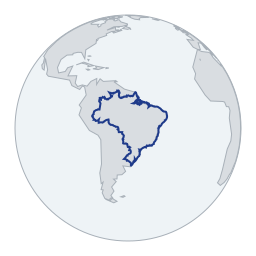 Brazil on an orthographic globe
{"feature_id": "BRA", "entity_name": "Brazil", "entity_type": "country or territory", "adm_level": 0, "iso_a3": "BRA", "parent_name": "South America", "parent_adm1": "", "projection": "orthographic", "projection_center": [-55.283, -14.242], "detail": "fine", "context": "on_globe", "style": "outline", "palette": "blue", "viewbox_px": 256, "rotation_deg": 0, "n_neighbors": 0, "source": "natural_earth", "source_scale": "50m", "svg_char_len": 10757}
<svg xmlns="http://www.w3.org/2000/svg" viewBox="0 0 256 256"><circle cx="128" cy="128" r="113" fill="#eef3f6" stroke="#a8b0b8"/><path d="M96.0,20.0L97.1,19.7L100.3,18.9L99.6,19.2L102.7,18.3L102.7,18.2L104.1,17.9L106.0,17.5L105.4,17.7L104.4,17.9L105.2,17.8L104.1,18.1L105.7,17.8L104.8,18.3L108.5,17.2L110.1,17.2L108.7,17.7L105.3,18.3L93.6,22.1L91.1,23.4L91.2,24.3L98.8,24.3L97.6,25.7L98.6,27.1L100.9,25.8L100.9,24.4L105.5,22.7L105.0,21.4L106.8,20.7L107.7,19.5L111.4,19.1L114.5,19.5L113.9,20.6L115.3,20.9L119.0,19.6L120.9,21.9L127.4,23.9L127.5,24.8L122.0,26.4L114.1,26.7L107.0,30.1L115.5,27.5L115.6,30.2L117.2,30.7L119.5,30.4L121.0,29.3L121.8,30.4L113.7,33.0L112.8,32.1L115.4,31.2L111.7,31.5L106.2,33.9L106.7,35.4L97.9,38.5L98.1,39.7L96.4,41.3L96.6,39.0L96.0,43.4L85.8,49.8L84.8,58.8L81.5,52.4L77.8,52.3L73.1,53.4L72.8,54.8L67.0,55.1L61.0,59.5L57.5,67.5L58.6,72.9L65.2,71.5L67.7,67.7L72.8,66.0L68.0,75.9L76.8,75.7L75.2,83.1L77.6,86.5L82.3,84.9L87.1,86.1L90.9,81.4L96.8,78.5L96.6,84.5L100.1,78.8L103.3,81.4L115.3,80.7L114.3,82.1L124.4,89.1L135.8,92.4L138.4,97.1L137.0,100.0L141.1,100.9L141.1,102.8L157.7,106.8L166.4,112.5L166.3,119.4L159.4,126.8L153.9,143.9L141.6,149.0L139.0,156.2L130.4,166.8L122.9,165.9L125.6,171.4L121.9,174.7L117.2,175.0L117.0,178.9L113.5,179.1L116.2,181.6L111.6,187.0L114.0,191.1L110.9,195.5L112.7,197.9L111.1,197.9L109.8,199.0L110.0,200.4L104.8,198.4L102.2,192.8L103.2,189.9L101.1,189.6L103.1,182.1L101.2,183.7L99.8,173.0L101.5,164.1L100.8,139.7L98.0,135.2L89.4,130.5L79.0,114.9L81.4,107.9L79.2,105.0L86.2,95.0L84.6,86.9L82.3,86.1L79.7,89.5L71.9,85.6L69.6,80.1L48.3,76.2L46.6,74.1L47.6,69.6L45.5,58.5L44.1,70.1L42.3,68.6L41.8,64.9L43.3,63.2L44.6,57.6L43.7,56.5L47.8,49.8L57.7,40.1L57.3,40.7L59.7,38.7L60.4,37.9L60.3,38.0L66.9,33.4L73.8,29.3L80.9,25.7L88.3,22.6L96.0,20.0ZM83.7,62.1L93.8,65.6L87.5,66.8L88.8,65.8L86.3,64.2L81.6,63.1L76.2,64.9L83.7,62.1ZM89.4,56.3L87.6,56.1L89.4,55.9L89.4,56.3ZM60.0,38.2L58.7,39.4L58.2,39.7L59.3,38.7L60.0,38.2ZM105.6,19.8L106.6,19.6L105.9,19.9L105.6,19.8ZM105.0,19.5L103.5,20.0L103.0,20.0L103.9,19.7L105.0,19.5ZM107.1,19.0L102.3,19.8L101.4,19.8L104.4,18.7L107.1,19.0ZM101.9,18.4L102.0,18.5L100.2,18.9L101.9,18.4ZM116.1,16.0L114.2,16.2L114.4,16.2L116.1,16.0ZM113.8,202.8L105.4,199.2L110.0,200.8L112.2,198.4L117.0,201.3L113.8,202.8ZM120.8,196.8L124.0,195.6L125.0,196.3L123.0,197.3L120.8,196.8ZM215.9,57.6L216.6,58.5L210.9,51.9L209.1,49.9L201.1,42.7L202.9,44.5L210.6,51.7L209.6,50.7L212.1,53.8L209.4,50.7L200.5,43.0L198.1,42.8L200.3,49.5L197.8,49.5L193.2,47.2L187.1,39.4L193.4,40.4L191.4,38.2L185.5,34.4L188.0,35.2L186.4,34.0L188.3,34.4L186.6,32.4L187.9,32.8L182.9,29.7L185.8,31.4L188.6,33.1L189.6,33.7L196.9,38.9L203.7,44.6L210.1,50.9L215.9,57.6ZM187.5,32.3L186.2,31.5L187.5,32.3ZM180.0,28.1L179.3,27.8L174.0,25.2L173.5,25.0L180.0,28.1ZM235.5,161.6L234.0,165.0L230.8,172.9L229.4,174.5L227.1,178.8L224.1,182.5L220.3,185.4L217.5,182.8L219.9,178.6L222.5,169.5L227.3,148.9L230.8,141.0L231.6,134.2L229.3,118.0L230.0,110.5L228.7,106.7L226.4,106.6L224.6,102.1L222.9,101.5L210.6,101.0L205.1,95.0L194.6,79.0L195.6,73.6L192.8,67.1L197.4,49.5L201.6,51.5L209.0,52.4L210.5,53.6L213.3,57.8L221.7,66.5L220.1,63.5L222.5,66.8L226.8,73.8L230.5,81.2L233.6,88.8L236.2,96.6L238.2,104.6L239.6,112.7L240.4,120.9L240.6,129.2L240.2,137.4L239.3,145.6L237.7,153.6L235.5,161.6ZM199.7,58.7L200.5,60.4L200.5,60.5L199.7,58.7ZM115.7,80.6L117.1,81.7L115.1,81.8L115.7,80.6ZM86.4,69.2L88.6,69.1L89.7,69.8L87.9,70.3L86.4,69.2ZM106.1,67.6L108.9,68.0L105.9,68.6L106.1,67.6ZM95.4,66.0L103.9,67.6L98.2,69.6L92.9,68.8L96.7,68.0L95.4,66.0ZM87.8,59.4L89.1,59.6L88.5,60.7L87.8,59.4ZM90.7,56.1L90.2,56.3L89.6,55.6L90.7,56.1ZM116.0,30.1L116.7,29.9L118.9,29.9L117.7,30.4L116.0,30.1ZM129.9,27.9L131.0,29.6L129.4,28.6L127.8,29.4L122.6,28.5L127.3,25.2L126.1,26.7L129.9,27.9ZM116.8,26.8L119.6,27.4L116.3,26.9L116.8,26.8ZM175.6,27.8L177.8,28.6L179.2,29.8L177.5,30.1L175.4,28.4L175.6,27.8ZM180.4,29.7L173.6,26.0L174.4,26.0L175.1,26.6L176.3,26.9L177.8,28.0L185.2,32.0L186.9,33.3L182.9,32.6L183.2,32.0L181.1,31.0L180.4,29.7ZM154.9,19.6L151.9,18.8L157.4,19.5L159.5,20.2L158.0,20.4L154.6,19.6L154.9,19.6ZM113.3,17.2L111.8,17.4L113.3,17.0L113.3,17.2ZM111.8,16.5L110.8,16.7L113.7,16.3L113.1,16.4L115.2,16.1L119.9,16.3L118.4,16.5L122.9,16.8L120.9,17.5L118.0,17.2L119.8,18.1L116.4,18.2L118.0,18.9L111.9,18.1L108.9,18.5L113.0,17.8L115.0,17.1L115.0,16.9L112.7,16.7L107.2,17.4L108.3,17.1L109.6,16.9L111.8,16.5ZM145.1,16.7L146.8,16.9L145.3,16.7L148.6,17.3L145.8,16.8L146.4,17.1L148.8,17.4L140.5,17.6L139.2,18.6L139.6,19.8L134.7,19.2L131.2,17.9L129.0,16.6L131.0,16.0L128.4,16.0L128.6,15.8L130.5,15.8L127.7,15.6L128.3,15.5L126.4,15.4L125.2,15.4L135.2,15.6L145.1,16.7ZM210.1,52.4L210.8,52.9L211.6,53.3L213.2,55.4L210.1,52.4ZM204.1,47.1L204.5,47.1L207.1,49.9L206.3,49.5L204.1,47.1ZM202.4,44.9L204.3,46.9L202.8,45.5L202.4,44.9ZM186.0,31.4L186.1,31.5L187.0,32.0L187.9,32.6L186.0,31.4ZM218.6,61.0L218.2,60.5L217.8,60.0L218.1,60.4L218.6,61.0Z" fill="#d9dde1" stroke="#a8b0b8" stroke-width="1"/><path d="M105.4,98.5L106.4,99.3L106.9,99.3L107.7,98.9L108.0,99.1L107.9,99.4L108.1,99.4L108.8,98.6L110.5,97.7L110.9,96.9L112.0,96.5L112.1,96.0L110.9,95.9L110.9,95.5L110.5,94.6L110.5,93.8L109.7,93.1L109.4,92.6L109.9,92.8L110.6,92.8L110.9,93.2L112.3,93.1L113.0,93.7L113.4,93.6L113.5,92.9L114.1,92.7L114.6,92.8L115.2,92.6L116.3,91.9L116.8,91.9L117.5,91.2L117.3,90.6L117.5,90.6L118.5,90.5L118.8,90.8L118.5,91.8L119.3,92.1L119.3,92.4L119.6,92.9L119.0,93.6L119.1,94.0L118.8,95.3L119.0,95.9L119.2,96.1L119.2,96.8L119.4,97.1L120.2,97.7L121.0,98.1L121.7,97.9L121.7,97.6L122.0,97.3L122.6,97.4L122.7,97.2L123.5,97.1L123.9,96.6L124.4,96.5L124.9,96.7L125.6,96.6L126.7,96.8L126.8,96.4L126.3,96.0L126.7,95.5L127.1,95.7L128.6,95.4L129.2,95.9L130.3,96.3L131.0,95.8L131.5,96.0L131.8,95.9L132.0,96.1L132.6,96.2L133.2,95.7L133.8,94.3L135.3,92.2L135.5,92.2L136.0,92.6L137.0,96.3L137.5,96.9L138.5,97.3L138.6,98.2L137.8,98.8L136.9,100.0L135.9,100.5L135.0,101.8L135.0,102.3L134.6,102.6L134.5,102.9L134.0,102.9L133.1,103.3L134.1,103.5L134.6,103.4L136.6,102.2L136.7,102.4L136.6,102.5L137.0,103.7L137.6,104.2L138.4,103.9L138.9,104.1L139.7,103.8L139.1,105.5L139.4,105.2L139.9,104.1L140.3,104.0L140.9,103.3L141.4,103.6L141.6,103.3L141.4,103.1L141.4,102.7L142.1,101.9L143.1,101.8L143.4,102.0L143.4,101.8L143.7,101.8L144.6,102.1L145.0,102.5L145.7,102.6L146.9,103.3L147.2,103.3L147.5,104.0L148.0,103.5L148.6,104.1L148.8,104.1L149.0,104.7L148.6,105.1L148.7,105.3L149.2,104.9L149.3,105.3L149.0,105.4L148.9,105.7L148.6,106.9L149.2,106.4L149.6,105.5L149.8,105.6L149.6,106.2L150.1,105.8L151.1,105.7L151.2,105.4L152.1,105.6L153.4,106.4L154.1,106.3L154.8,106.7L156.8,106.6L157.7,106.8L160.5,108.6L161.3,109.6L162.1,110.4L162.7,110.7L162.9,111.1L164.0,111.6L165.1,111.6L165.9,111.8L166.4,112.7L167.1,116.1L167.0,117.4L166.7,118.3L166.3,119.2L165.4,120.4L165.1,120.7L164.9,120.6L164.9,120.9L163.8,122.1L162.8,122.7L162.0,123.7L162.0,123.4L161.3,125.1L160.2,126.4L159.7,126.6L159.7,126.2L159.4,125.9L159.1,126.2L159.2,126.5L159.1,127.0L158.7,127.4L158.5,127.8L158.5,128.7L158.6,128.8L158.7,128.7L158.4,129.9L158.6,132.3L157.8,134.8L157.8,135.8L156.8,136.9L156.4,139.4L155.9,139.7L155.1,141.3L154.3,141.9L154.0,142.5L153.8,143.0L153.8,144.0L152.5,144.5L151.9,145.0L152.0,145.4L151.8,145.7L150.1,145.7L149.8,145.2L149.7,145.3L149.7,145.7L148.5,145.8L148.3,145.8L148.9,145.7L148.5,145.5L147.1,145.7L147.1,146.0L145.8,146.7L145.6,147.1L144.7,147.0L143.0,147.8L141.0,149.3L141.0,149.6L140.5,150.0L140.6,149.8L140.2,149.7L140.1,150.1L139.6,149.9L139.7,150.1L140.2,150.4L139.9,150.8L139.7,150.8L139.8,151.0L139.7,151.5L139.7,151.9L139.6,152.5L139.7,153.4L139.5,154.1L139.5,155.1L139.2,156.0L138.3,156.6L137.5,157.5L136.4,159.5L135.3,161.0L133.4,162.6L133.4,162.1L133.7,162.1L134.0,162.0L134.7,161.4L134.9,160.8L135.2,160.7L135.3,160.4L135.8,160.0L135.7,159.5L136.0,159.5L136.0,159.2L135.2,159.4L134.8,158.7L134.8,159.1L135.0,159.3L134.8,160.1L134.6,159.9L134.4,160.7L133.6,161.2L133.2,162.2L133.2,162.7L132.3,164.5L131.1,165.6L130.9,165.5L130.9,164.6L131.6,163.7L130.8,163.1L130.5,162.5L129.8,162.1L129.2,161.4L128.2,161.0L127.5,160.2L127.1,160.5L126.8,160.6L126.7,160.1L125.4,158.8L124.9,158.9L124.7,159.1L124.0,159.0L125.2,157.8L126.9,155.5L127.3,155.5L127.2,155.2L128.3,154.5L128.8,153.9L129.7,153.7L130.5,153.1L130.7,152.7L130.8,151.4L130.5,150.3L130.3,150.1L129.2,150.1L129.5,149.3L129.7,147.3L129.9,147.2L129.2,146.7L128.2,147.1L127.8,147.0L127.3,144.9L127.4,144.5L127.1,143.9L126.2,143.7L125.9,143.4L125.5,143.7L125.0,143.7L123.3,143.5L123.1,143.3L123.3,141.3L122.7,139.7L123.2,139.3L122.7,138.8L123.5,137.5L123.4,137.2L123.9,135.8L123.2,134.5L122.9,134.5L122.2,133.9L122.0,132.9L122.2,132.1L118.8,132.1L118.6,130.5L118.0,129.8L118.5,129.8L118.5,128.8L118.1,128.0L118.2,127.7L118.0,127.2L116.9,126.7L115.6,126.8L114.9,126.1L113.7,125.8L113.1,125.2L112.6,125.2L111.9,124.8L111.5,124.9L110.5,124.8L110.3,124.4L109.4,123.9L109.2,123.5L108.6,122.5L108.7,122.1L108.5,121.1L108.7,120.4L108.5,119.5L106.3,120.0L104.7,121.0L104.2,121.6L103.5,121.7L103.1,122.3L102.5,122.6L101.3,122.3L100.0,122.4L99.3,122.7L98.9,122.5L98.7,122.6L98.6,120.3L98.8,119.5L97.5,120.7L95.8,120.9L95.8,120.5L95.3,119.9L93.8,119.8L94.2,119.2L93.1,117.8L92.6,117.0L92.7,116.7L92.2,116.3L92.2,116.0L92.7,115.8L92.5,115.4L92.6,115.0L93.7,114.1L93.5,113.4L93.9,112.4L94.1,111.4L96.0,110.1L97.6,109.7L97.9,109.3L98.7,109.2L99.0,109.5L99.5,109.5L100.5,103.4L100.1,102.6L100.1,102.1L99.2,101.5L99.3,100.1L100.4,99.7L101.0,99.8L101.0,99.5L100.7,99.1L99.7,99.2L99.7,97.9L100.3,97.8L102.9,97.7L102.7,97.5L102.8,97.2L103.3,97.6L104.4,96.9L104.9,97.6L105.0,98.6L105.4,98.5ZM139.1,100.9L140.1,100.8L141.5,101.1L141.2,102.2L140.6,102.8L140.6,103.1L140.2,103.3L140.0,103.1L139.9,103.5L139.3,103.3L139.2,103.7L138.7,103.8L138.2,103.7L137.4,103.8L136.9,102.7L137.2,102.5L137.0,102.4L136.8,102.1L137.1,100.9L137.9,100.6L139.1,100.9ZM135.9,102.3L134.6,103.1L135.1,102.4L135.1,102.0L135.3,101.6L135.9,101.4L136.1,101.6L135.9,102.3ZM137.8,100.0L139.0,100.0L138.5,100.5L137.7,100.3L137.8,100.0ZM137.7,99.9L137.5,100.4L137.1,100.3L137.6,99.3L137.7,99.9ZM139.5,100.6L138.9,100.7L138.7,100.6L139.3,100.3L139.6,100.4L139.5,100.6ZM137.1,100.6L136.6,101.0L136.3,100.8L136.4,100.6L136.7,100.5L137.1,100.5L137.1,100.6ZM138.1,99.7L137.9,99.7L137.8,99.4L138.3,99.2L138.1,99.7ZM137.8,96.7L137.5,96.8L137.4,96.3L137.7,96.3L137.8,96.7ZM140.0,153.8L139.7,154.6L139.7,154.1L140.0,153.8ZM145.9,146.9L145.9,147.4L145.6,147.3L145.9,146.9ZM139.8,151.9L139.6,151.7L139.9,151.5L139.8,151.9ZM149.0,106.4L148.9,106.6L148.9,106.1L149.1,106.0L149.0,106.4ZM159.5,126.7L159.2,126.8L159.4,126.5L159.5,126.7ZM148.0,145.9L147.7,146.0L147.6,145.9L147.8,145.8L148.0,145.9ZM158.9,127.4L158.7,127.7L158.9,127.4ZM148.3,103.3L148.2,103.4L148.1,103.2L148.3,103.3Z" fill="none" stroke="#1e3a8a" stroke-width="2"/></svg>